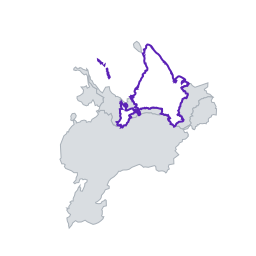 India highlighted among its neighbors, rotated 159°
{"feature_id": "IND", "entity_name": "India", "entity_type": "country or territory", "adm_level": 0, "iso_a3": "IND", "parent_name": "Asia", "parent_adm1": "", "projection": "albers", "projection_center": [83.514, 21.122], "detail": "fine", "context": "with_neighbors", "style": "outline", "palette": "violet", "viewbox_px": 256, "rotation_deg": 159, "n_neighbors": 9, "source": "natural_earth", "source_scale": "50m", "svg_char_len": 12351}
<svg xmlns="http://www.w3.org/2000/svg" viewBox="0 0 256 256"><g transform="rotate(159 128 128)"><path d="M164.2,175.6L161.3,175.5L157.5,176.6L155.9,179.4L157.1,183.1L154.2,182.0L151.6,182.3L151.8,179.8L149.1,180.1L149.2,183.6L147.3,191.2L147.7,193.4L149.8,193.3L151.3,196.0L152.2,198.6L154.1,200.2L156.1,200.3L157.9,201.7L157.0,203.1L154.9,203.7L154.5,202.1L151.8,201.1L151.3,201.7L149.9,200.6L149.2,199.2L145.8,196.3L145.4,198.1L144.7,196.5L145.5,191.4L148.0,185.0L146.6,182.3L146.0,179.1L142.9,175.3L143.8,174.6L144.7,171.8L139.5,165.0L140.7,164.3L141.7,160.8L143.8,160.4L146.9,158.0L148.2,158.9L148.6,160.7L150.6,160.7L150.2,164.1L150.6,166.9L153.5,164.7L154.4,165.1L156.1,164.8L156.6,163.7L158.8,163.6L161.4,165.9L162.0,168.9L164.7,171.4L165.0,174.0L164.2,175.6Z" fill="#d9dde1" stroke="#a8b0b8" stroke-width="1"/><path d="M146.9,158.0L143.8,160.4L141.7,160.8L140.7,164.3L139.5,165.0L144.7,171.8L143.8,174.6L142.9,175.3L146.0,179.1L146.6,182.3L148.0,185.0L145.5,191.4L145.0,189.2L145.7,186.7L144.5,184.9L144.4,181.5L143.0,180.0L140.8,172.4L139.3,169.9L134.3,174.1L130.7,173.3L131.4,169.4L130.6,166.4L128.1,162.9L128.4,161.8L126.7,161.4L124.5,159.0L124.1,156.4L125.2,156.9L125.1,154.6L126.5,153.7L126.1,152.4L126.6,151.3L126.6,148.0L128.8,148.6L129.9,145.9L129.9,144.3L131.3,141.6L131.1,139.8L134.5,137.3L136.5,137.7L136.1,135.8L137.0,135.1L136.7,134.0L138.3,133.6L139.4,135.4L140.6,136.0L141.1,141.0L138.7,143.9L138.7,147.7L141.6,146.9L142.6,149.7L144.4,150.2L143.8,152.9L147.4,154.3L149.4,153.2L149.6,154.5L147.4,156.8L146.9,158.0Z" fill="#d9dde1" stroke="#a8b0b8" stroke-width="1"/><path d="M125.1,154.6L125.2,156.9L124.1,156.4L124.5,159.0L122.7,154.3L121.4,152.5L118.7,152.5L119.1,153.8L118.2,155.6L117.0,155.0L116.6,155.6L114.7,155.0L114.1,152.4L113.1,150.0L113.5,148.1L111.7,147.3L112.3,146.1L114.0,144.9L112.0,143.3L112.9,141.1L115.1,142.4L116.5,142.5L116.8,144.7L122.1,144.8L123.7,145.3L122.6,148.1L121.3,148.3L120.5,150.2L122.2,151.7L122.5,149.7L123.3,149.6L125.1,154.6Z" fill="#d9dde1" stroke="#a8b0b8" stroke-width="1"/><path d="M120.1,135.8L122.5,137.5L122.4,139.5L117.8,139.6L116.1,140.1L113.6,139.0L113.5,138.4L115.2,136.0L116.7,135.1L120.1,135.8Z" fill="#d9dde1" stroke="#a8b0b8" stroke-width="1"/><path d="M111.5,136.6L111.5,141.2L109.2,141.4L103.7,140.4L102.0,138.8L98.3,138.4L89.5,133.8L90.6,130.9L93.5,128.7L95.6,129.7L98.4,131.8L99.9,132.2L100.8,133.8L102.9,134.4L105.2,135.7L111.5,136.6Z" fill="#d9dde1" stroke="#a8b0b8" stroke-width="1"/><path d="M84.1,112.7L81.4,115.2L78.5,115.6L74.6,114.6L73.2,115.9L74.8,120.8L76.8,122.4L74.5,124.1L74.4,126.3L71.6,129.3L69.7,132.4L66.6,135.5L63.4,135.0L60.1,138.1L61.8,139.6L61.9,142.1L63.3,143.8L63.7,146.6L57.5,146.1L55.4,148.0L53.4,147.0L52.8,144.6L50.9,142.0L37.2,141.5L38.8,137.9L42.9,136.8L42.9,135.4L41.7,134.7L41.9,131.9L39.5,130.2L37.6,126.3L41.9,128.5L44.6,128.4L46.2,129.0L46.8,128.4L48.7,128.9L52.3,128.0L52.7,125.3L54.4,123.7L56.4,123.9L56.8,123.1L58.8,122.9L59.8,123.3L60.9,122.5L60.9,120.6L62.2,118.8L64.0,118.2L63.1,116.0L65.6,116.3L66.4,115.3L66.4,114.1L67.8,112.9L67.1,110.0L68.7,108.8L77.3,107.4L79.2,108.9L79.8,111.3L84.1,112.7Z" fill="#d9dde1" stroke="#a8b0b8" stroke-width="1"/><path d="M55.2,105.0L56.7,105.2L59.3,106.4L61.2,105.6L62.0,106.3L63.0,105.0L64.5,105.2L65.3,103.6L66.5,102.6L67.8,103.4L67.5,104.3L68.2,104.5L67.8,107.0L68.7,108.1L70.8,107.3L72.5,106.0L76.9,106.5L77.3,107.4L68.7,108.8L67.1,110.0L67.8,112.9L66.4,114.1L66.4,115.3L65.6,116.3L63.1,116.0L64.0,118.2L62.2,118.8L60.9,120.6L60.9,122.5L59.8,123.3L58.8,122.9L56.8,123.1L56.4,123.9L54.4,123.7L52.7,125.3L52.3,128.0L48.7,128.9L46.8,128.4L46.2,129.0L44.6,128.4L41.9,128.5L37.6,126.3L40.4,123.9L40.5,121.8L38.5,121.0L38.1,116.4L39.4,114.9L38.4,114.3L41.0,108.5L43.5,110.0L45.5,109.9L46.2,108.6L48.3,108.4L49.8,107.6L50.6,105.2L52.9,104.9L53.4,103.9L55.2,105.0Z" fill="#d9dde1" stroke="#a8b0b8" stroke-width="1"/><path d="M93.4,201.1L92.9,204.3L91.5,205.1L88.8,205.8L87.3,203.3L86.9,198.9L88.4,193.8L90.5,195.6L93.4,201.1Z" fill="#d9dde1" stroke="#a8b0b8" stroke-width="1"/><path d="M174.9,161.4L172.4,160.8L171.9,158.1L173.1,156.5L176.1,155.1L177.7,154.9L178.6,156.0L177.5,157.6L177.2,159.5L174.9,161.4ZM90.8,92.3L90.6,90.6L92.3,89.9L90.2,84.8L96.3,83.1L98.0,78.1L102.8,79.0L104.1,77.7L104.2,74.9L106.1,74.6L107.9,72.8L108.8,72.5L109.5,74.4L111.5,75.8L115.0,76.7L116.7,78.9L115.9,82.2L116.8,83.4L123.0,84.0L126.1,85.6L127.6,85.8L128.9,88.4L130.5,90.0L138.4,89.9L141.6,89.1L144.1,89.3L147.9,90.6L150.9,90.3L152.1,91.0L154.8,89.1L158.6,87.5L162.2,86.8L164.9,85.3L167.9,82.2L166.4,80.4L167.3,78.3L171.3,78.5L173.4,76.5L176.8,74.7L178.1,72.5L179.6,71.4L182.9,70.3L184.9,70.2L184.9,69.1L182.3,67.7L180.3,67.3L178.7,68.6L176.3,68.7L175.1,69.3L174.3,68.3L176.1,63.1L179.0,63.5L181.9,61.1L181.6,60.0L183.0,56.7L184.1,55.6L183.7,54.2L182.4,53.9L183.9,52.2L186.6,51.1L189.5,50.3L193.0,50.2L195.2,50.6L199.6,55.0L201.1,57.3L205.3,57.0L208.5,58.1L210.2,60.3L213.7,59.2L215.3,57.5L218.8,55.6L218.4,58.3L217.8,59.6L218.0,62.8L217.3,65.9L214.3,66.3L212.6,67.9L214.0,70.0L214.6,73.4L213.4,73.9L213.9,75.3L211.9,74.1L211.4,75.9L208.0,78.2L208.8,79.6L206.7,80.1L205.4,79.5L204.3,82.0L202.0,84.2L200.5,86.6L197.3,88.3L195.8,90.1L193.4,91.6L194.3,89.9L193.6,88.9L195.0,86.5L193.4,85.3L189.2,89.5L188.1,91.7L185.7,92.4L184.7,94.0L186.5,95.7L188.6,95.8L189.0,97.1L191.2,97.5L193.5,94.7L196.0,95.4L197.6,95.0L198.4,96.5L195.1,98.2L194.3,100.1L192.1,102.1L191.3,104.5L194.4,105.6L196.1,108.3L200.7,112.6L201.2,114.9L199.8,116.1L200.8,117.6L202.6,118.2L202.7,123.3L201.2,124.0L197.1,136.6L190.6,143.7L187.5,144.7L186.1,146.4L184.9,145.6L183.6,147.5L179.9,149.7L177.0,150.7L176.6,154.2L175.0,154.7L173.9,152.5L174.4,151.2L170.4,150.8L169.2,151.5L166.2,151.1L164.6,150.0L164.8,148.2L162.2,148.0L160.6,147.0L158.5,149.0L153.5,149.9L150.6,151.5L151.5,155.1L149.9,155.2L149.4,153.2L147.4,154.3L143.8,152.9L144.4,150.2L142.6,149.7L141.6,146.9L138.7,147.7L138.7,143.9L141.1,141.0L140.6,136.0L139.4,135.4L138.3,133.6L136.7,134.0L133.7,133.7L134.5,132.3L133.1,130.5L131.3,132.0L128.9,131.3L125.9,133.6L123.6,136.0L121.4,136.6L120.1,135.8L116.7,135.1L115.2,136.0L113.5,138.4L113.2,135.9L111.5,136.6L105.2,135.7L102.9,134.4L100.8,133.8L99.9,132.2L98.4,131.8L95.6,129.7L93.5,128.7L92.3,129.5L86.0,125.2L85.4,121.7L87.3,122.2L87.4,120.6L86.4,119.0L86.7,116.4L84.1,112.7L79.8,111.3L79.2,108.9L77.3,107.4L76.9,106.5L76.8,103.6L75.3,102.8L74.4,103.1L74.0,100.3L74.7,99.6L74.4,98.9L76.9,97.6L78.6,97.1L81.3,97.7L82.3,95.8L85.5,95.6L86.5,94.4L90.4,92.9L90.8,92.3Z" fill="#d9dde1" stroke="#a8b0b8" stroke-width="1"/><path d="M55.4,147.5L56.1,147.2L57.0,147.3L57.1,146.3L57.3,146.2L57.4,146.4L59.5,146.5L60.1,146.9L60.8,146.9L61.0,146.6L62.1,146.3L62.3,146.3L62.4,146.7L62.7,146.9L63.7,146.5L63.5,145.9L63.8,145.6L62.8,143.1L62.9,142.4L61.8,142.2L61.4,141.5L61.7,139.6L60.0,138.7L60.2,137.5L61.3,136.5L62.1,135.4L62.8,134.9L63.4,135.2L63.6,135.7L63.8,135.9L66.8,135.4L67.1,134.7L67.6,134.2L68.3,133.0L69.9,132.2L70.9,130.6L71.4,129.4L72.6,129.0L72.9,128.6L72.9,128.0L74.1,126.6L74.9,126.2L74.7,125.7L74.9,124.8L74.7,124.1L74.9,123.7L77.0,122.6L76.8,122.1L75.3,121.7L75.3,120.8L74.5,120.7L74.4,120.0L73.7,119.4L74.1,118.4L73.7,117.7L74.4,117.1L73.6,116.6L73.8,116.1L73.3,115.7L73.8,114.9L74.7,114.6L78.4,115.6L79.3,115.1L80.7,114.9L81.8,114.2L82.0,113.8L84.0,112.7L84.6,112.8L84.5,113.5L85.2,115.5L86.1,115.8L86.9,116.5L86.2,117.4L86.4,119.0L87.2,120.0L87.1,120.4L87.4,120.7L87.4,122.1L86.6,122.5L86.0,121.8L85.2,122.0L85.4,123.0L86.1,123.8L85.9,124.5L86.2,124.8L86.0,125.3L86.0,125.8L86.6,125.8L86.8,125.5L87.0,125.5L88.0,126.9L88.8,126.9L89.8,127.5L89.9,128.2L91.2,128.7L92.1,129.5L91.6,129.6L90.4,130.9L90.0,131.8L89.9,132.5L89.5,133.2L89.4,133.7L90.4,134.4L90.8,134.3L94.3,136.8L94.6,136.7L95.9,137.4L96.5,137.4L96.7,137.9L98.2,138.4L98.7,138.1L99.7,138.4L100.4,138.0L101.9,138.6L102.1,139.4L103.3,140.0L103.6,140.3L104.5,140.0L104.9,140.2L105.2,140.8L105.8,140.6L107.7,141.3L108.6,140.9L108.8,141.3L109.3,141.5L109.7,141.3L110.9,141.2L111.3,141.4L111.7,140.3L111.2,139.0L111.6,137.0L111.5,136.5L111.6,136.4L112.8,135.9L113.4,136.1L113.5,136.6L113.3,137.7L113.7,138.3L113.3,138.8L113.6,139.4L114.5,139.9L115.0,139.8L116.2,140.2L117.2,140.0L117.8,139.5L118.9,139.8L120.4,139.7L120.8,139.5L121.5,139.6L122.3,139.4L122.5,139.2L122.3,138.6L122.5,138.0L122.2,137.5L121.5,137.6L121.1,137.2L121.2,136.6L122.1,136.6L122.5,136.4L123.7,136.1L124.1,135.7L123.9,135.5L124.1,135.2L124.9,134.6L125.5,133.6L126.9,133.2L127.4,132.8L127.5,132.4L129.1,131.2L129.5,131.6L131.2,131.9L131.5,131.4L132.9,130.5L133.5,131.1L133.8,131.1L133.2,131.6L133.3,132.1L134.1,131.7L134.5,132.6L133.8,133.7L134.1,133.8L134.7,133.5L135.2,133.8L136.0,133.7L136.7,134.1L136.8,135.0L135.7,136.2L136.4,137.6L136.0,137.6L135.3,137.0L133.8,137.4L131.1,139.7L130.9,140.5L131.2,141.4L130.8,142.6L129.8,143.8L129.8,144.2L130.2,144.7L129.2,147.1L128.9,148.5L127.6,148.2L127.1,148.3L126.6,148.0L126.9,149.2L126.9,151.0L126.7,151.3L126.3,151.3L126.1,152.4L126.4,153.9L126.1,154.1L125.8,154.7L125.2,154.3L124.8,154.8L124.5,152.6L124.0,151.8L123.6,149.4L122.7,149.5L122.7,150.0L122.3,150.8L122.3,151.5L121.9,151.8L121.6,151.6L121.4,151.1L121.2,151.1L121.2,151.5L121.0,151.4L120.5,149.9L120.7,148.8L121.0,148.3L122.5,147.9L122.6,147.3L123.0,147.1L123.3,145.6L123.9,145.7L124.0,145.4L122.8,144.7L118.3,145.0L116.5,144.6L116.4,142.6L116.0,141.7L115.7,141.8L115.7,142.4L115.2,142.4L114.6,142.1L114.1,141.2L113.9,141.3L114.0,141.7L113.6,141.7L113.2,141.6L113.0,141.2L112.3,140.7L112.3,141.0L112.5,141.4L111.8,142.3L111.6,142.9L112.8,144.0L113.5,144.1L114.1,144.8L113.7,145.1L112.7,145.1L112.3,146.1L111.9,146.0L111.5,146.9L111.9,147.4L113.5,148.0L113.5,148.8L113.2,149.9L113.7,150.6L113.6,151.2L114.2,151.4L114.0,151.9L114.7,154.3L114.7,155.4L114.4,155.4L114.8,156.3L114.3,156.3L114.2,156.0L113.9,156.5L113.7,156.1L113.8,155.2L113.5,154.8L113.4,156.3L113.0,156.5L112.5,156.0L112.5,156.5L112.1,156.4L111.9,156.2L112.3,154.8L111.7,154.4L111.5,154.1L111.6,154.5L112.1,154.9L111.6,155.8L110.8,156.4L109.2,156.9L108.5,157.8L108.4,158.2L108.9,159.5L108.2,160.7L107.5,161.2L107.2,161.7L106.8,161.6L107.0,161.8L106.7,162.1L104.8,162.8L104.6,162.7L104.8,162.6L104.6,162.1L103.9,162.6L103.7,163.1L104.2,162.8L104.5,163.0L102.5,164.6L100.6,167.2L99.2,167.9L97.9,169.4L95.4,171.0L95.2,171.5L95.4,172.0L95.1,172.7L93.6,173.4L92.2,173.4L91.3,175.2L90.8,175.2L90.7,174.9L90.3,174.8L89.2,175.3L88.6,176.5L88.4,177.3L88.8,179.2L88.6,180.1L89.1,182.4L88.7,181.6L88.4,182.0L89.2,182.8L88.8,184.9L87.6,187.0L87.3,188.3L87.4,188.7L87.1,189.2L87.4,189.1L87.5,189.5L87.5,192.3L86.5,192.2L85.8,192.4L85.6,193.1L84.6,194.6L84.5,194.9L84.8,195.3L86.0,195.8L84.7,195.5L82.9,195.9L82.2,196.6L81.7,198.1L80.0,199.0L78.6,198.2L77.1,196.4L76.5,194.6L76.3,193.1L76.6,193.4L76.6,194.3L76.9,194.4L76.6,193.2L76.1,192.6L76.2,192.3L74.9,188.6L74.3,187.5L73.4,186.3L72.7,184.7L72.2,183.0L72.0,181.2L71.3,178.5L70.1,176.6L69.7,175.5L70.1,175.6L69.7,175.0L69.9,174.7L69.4,174.5L68.6,172.1L68.3,168.4L67.6,165.1L68.1,163.9L68.0,163.5L67.6,164.0L67.5,163.7L67.6,163.0L68.1,163.1L67.5,162.8L67.6,162.3L67.4,162.1L67.3,161.3L68.1,158.7L68.0,157.2L67.6,157.0L67.5,156.4L67.8,156.1L67.5,156.1L69.0,155.3L67.3,155.3L67.5,154.8L67.8,154.5L67.3,154.5L67.5,153.9L68.2,153.7L66.4,153.5L66.8,153.7L66.6,154.0L65.9,154.8L66.4,155.2L66.5,155.8L65.7,157.0L62.7,158.1L61.9,158.0L61.2,157.6L60.0,156.4L57.8,153.7L57.3,152.7L57.5,152.2L58.1,152.7L60.8,152.1L61.8,150.8L61.8,150.5L61.3,150.9L60.7,150.9L59.4,151.3L58.2,151.0L56.6,149.7L56.1,148.4L57.2,147.7L55.6,148.3L55.4,147.5ZM127.1,187.8L126.5,186.8L126.9,185.7L127.2,185.6L126.9,184.6L127.2,182.0L127.4,181.6L127.8,181.4L127.9,181.9L127.7,182.1L127.9,182.4L127.4,183.3L127.6,183.6L127.8,184.6L127.4,184.9L127.5,185.6L127.1,186.4L127.3,186.7L127.1,187.8ZM131.7,201.7L131.5,202.5L130.9,201.7L130.9,201.1L131.4,201.0L131.7,201.7ZM126.6,190.9L126.2,190.9L126.1,190.3L126.6,189.8L126.8,190.4L126.6,190.9ZM130.0,199.0L129.8,199.1L129.7,198.7L129.8,198.6L130.0,199.0ZM130.3,198.5L130.1,198.6L130.1,198.0L130.3,198.0L130.3,198.5ZM131.1,200.6L130.8,200.9L130.6,200.7L130.9,200.4L131.1,200.6ZM127.8,195.1L127.5,195.2L127.7,194.9L127.8,195.1ZM127.1,188.3L126.8,188.3L126.9,187.9L127.0,188.0L127.1,188.3ZM127.9,186.2L128.1,186.6L127.8,186.3L127.9,186.2ZM128.9,197.7L129.1,198.1L128.8,197.9L128.9,197.7ZM126.9,183.4L126.8,183.8L126.8,183.3L126.9,183.4Z" fill="none" stroke="#5b21b6" stroke-width="2"/></g></svg>